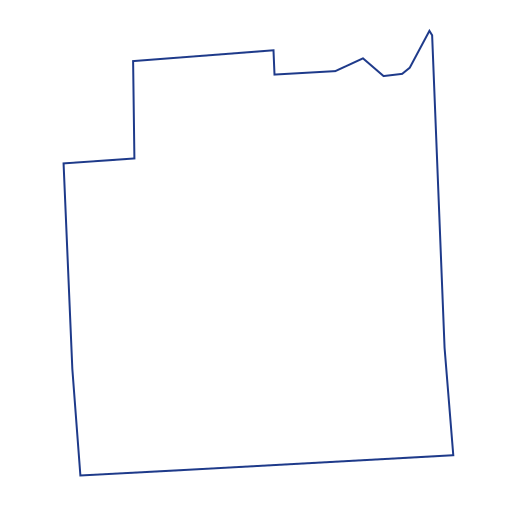 Clay, Illinois, United States of America (Albers equal-area conic projection), rotated 266°
{"feature_id": "52423323B31422881251864", "entity_name": "Clay", "entity_type": "district", "adm_level": 2, "iso_a3": "USA", "parent_name": "United States of America", "parent_adm1": "Illinois", "projection": "albers", "projection_center": [-88.411, 38.757], "detail": "fine", "context": "isolated", "style": "outline", "palette": "blue", "viewbox_px": 512, "rotation_deg": 266, "n_neighbors": 0, "source": "geoboundaries", "source_scale": "gbopen_adm2", "svg_char_len": 374}
<svg xmlns="http://www.w3.org/2000/svg" viewBox="0 0 512 512"><g transform="rotate(266 256 256)"><path d="M49.3,65.5L47.5,172.4L43.5,438.9L151.3,437.7L463.9,447.1L468.5,444.7L433.1,422.5L427.5,414.5L426.6,395.8L445.7,376.5L434.9,348.0L435.7,287.1L460.0,287.8L459.0,147.0L361.8,141.5L361.8,70.5L156.2,64.9L49.3,65.5Z" fill="none" stroke="#1e3a8a" stroke-width="2"/></g></svg>